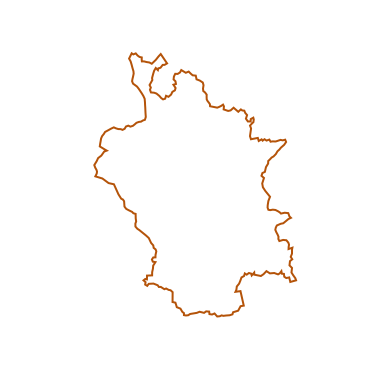 the district of Passo Fundo, Rio Grande do Sul, Brazil, rotated 221°
{"feature_id": "56859067B65204532927466", "entity_name": "Passo Fundo", "entity_type": "district", "adm_level": 2, "iso_a3": "BRA", "parent_name": "Brazil", "parent_adm1": "Rio Grande do Sul", "projection": "robinson", "projection_center": [-52.438, -28.266], "detail": "fine", "context": "isolated", "style": "outline", "palette": "amber", "viewbox_px": 384, "rotation_deg": 221, "n_neighbors": 0, "source": "geoboundaries", "source_scale": "gbopen_adm2", "svg_char_len": 4265}
<svg xmlns="http://www.w3.org/2000/svg" viewBox="0 0 384 384"><g transform="rotate(221 192 192)"><path d="M57.4,194.7L61.1,195.6L64.1,196.5L66.7,200.3L70.3,200.6L72.7,204.1L72.2,207.0L74.9,207.8L76.1,211.1L78.7,214.1L79.7,215.8L81.7,212.3L83.0,213.9L84.2,215.9L86.1,217.0L89.1,217.5L91.8,215.6L93.9,212.3L96.0,213.2L97.4,215.0L99.4,216.0L101.8,216.9L104.3,218.1L105.4,220.1L106.0,222.4L104.2,226.2L102.6,228.3L101.5,234.9L100.4,237.4L102.4,237.5L105.5,239.2L108.4,237.2L110.7,234.1L112.4,234.2L114.4,233.9L117.2,233.2L119.4,231.7L121.1,229.6L122.7,228.7L124.7,229.8L126.2,231.7L128.5,235.4L130.0,239.6L137.4,240.9L141.6,242.1L144.6,244.5L146.9,249.8L150.2,249.8L151.3,252.5L150.2,255.0L152.5,259.3L153.2,263.4L154.8,265.4L154.6,267.7L154.5,270.3L153.8,272.3L153.6,275.6L154.2,278.8L153.9,281.3L154.0,283.7L153.4,288.1L153.8,291.5L156.0,292.6L157.4,290.5L159.4,289.4L160.9,286.8L162.0,285.0L164.5,283.0L165.7,281.5L168.0,282.3L169.5,279.7L171.9,279.4L172.4,277.1L174.0,277.4L175.1,274.3L177.8,276.0L182.1,270.5L184.9,272.2L189.1,278.7L191.8,280.2L191.7,283.0L191.5,285.0L193.0,287.3L194.5,288.3L195.5,285.6L194.0,283.7L196.1,281.9L199.4,282.7L200.9,286.2L203.7,286.6L205.9,287.7L207.6,286.5L209.3,286.4L209.7,282.9L215.9,282.9L216.4,278.9L217.9,276.9L220.1,276.0L222.3,275.1L224.1,277.6L225.9,278.3L226.5,276.0L227.4,273.9L228.3,272.2L229.9,271.3L234.6,268.6L236.1,270.0L237.9,270.5L239.7,270.8L241.6,271.5L243.4,273.4L244.8,275.1L247.5,275.7L249.7,275.6L251.5,277.2L253.4,280.2L255.7,281.7L259.3,281.2L262.5,280.0L265.5,282.3L268.1,280.5L270.6,280.5L273.5,280.7L274.9,277.9L280.1,277.0L279.5,274.3L280.3,271.7L282.2,270.2L281.4,267.3L279.8,264.9L277.1,264.7L275.0,263.0L276.4,260.8L272.6,259.7L271.6,257.5L272.5,254.7L271.7,251.8L272.2,248.4L274.7,247.6L273.5,244.8L274.6,242.9L276.9,242.7L279.7,243.1L283.4,243.0L285.7,242.1L288.3,240.2L290.8,241.6L291.6,243.8L294.2,244.9L295.4,250.5L296.9,251.8L298.8,255.7L300.1,258.6L300.7,261.8L297.7,261.6L298.5,263.3L297.3,265.1L297.5,268.7L296.1,270.0L295.2,272.7L306.1,275.6L306.2,272.4L306.0,268.0L306.5,262.4L309.1,261.8L311.5,260.3L313.9,259.1L315.5,257.7L316.9,259.0L318.2,260.6L320.2,259.5L322.6,259.3L325.4,259.7L326.6,257.3L328.5,257.1L327.0,251.4L324.0,250.3L321.3,248.6L317.9,246.3L315.5,244.8L313.7,243.1L312.3,240.6L311.0,238.1L309.9,236.3L307.6,235.1L305.3,235.3L302.7,235.5L300.1,235.0L294.6,233.5L291.8,232.6L288.9,231.3L286.3,228.8L284.5,226.9L283.0,225.4L281.0,223.3L279.1,221.3L277.8,220.0L276.1,218.3L274.9,215.6L276.0,213.7L276.6,211.7L278.1,210.0L279.3,207.8L279.6,205.5L280.0,203.2L281.4,200.9L283.6,200.3L284.8,198.1L284.3,195.5L285.2,193.3L287.0,192.7L289.0,191.1L291.3,190.1L293.4,189.5L294.6,186.8L295.9,183.2L297.0,180.3L296.6,177.9L296.5,175.2L295.7,172.7L294.4,170.6L293.1,168.4L291.5,165.9L285.5,166.9L283.5,167.3L284.8,164.9L284.3,160.0L285.1,156.0L284.2,152.9L283.4,148.2L281.0,146.9L278.5,146.0L277.0,145.0L276.0,143.4L275.2,140.4L268.5,143.4L260.8,144.0L256.0,146.6L246.0,142.0L241.0,140.5L239.2,141.0L237.2,140.5L233.4,136.7L230.6,136.1L227.9,136.7L224.1,137.7L222.3,137.5L220.2,138.5L217.2,135.2L214.8,133.1L214.0,131.0L212.0,128.8L209.1,128.4L206.8,128.7L198.1,129.0L194.4,128.9L189.4,126.7L186.2,126.3L184.3,124.7L181.8,124.8L180.0,123.8L178.2,120.5L176.7,118.7L178.3,117.2L178.0,114.8L175.9,113.7L173.6,115.1L173.0,111.0L171.2,108.5L169.5,105.4L167.4,102.9L171.1,99.4L168.7,96.5L170.2,95.7L170.6,93.5L167.9,93.5L166.6,91.4L164.2,91.8L164.4,94.3L161.0,97.6L156.7,99.1L154.7,98.6L153.3,99.9L149.1,100.5L148.2,102.2L145.4,102.8L143.7,103.8L140.9,103.7L134.5,96.2L131.9,97.6L130.1,96.5L127.9,95.1L124.2,96.4L120.7,95.2L118.6,95.3L117.3,93.8L115.6,94.8L114.0,96.5L113.4,98.7L109.1,103.9L107.7,106.6L103.6,108.7L103.0,111.2L100.6,113.0L98.7,111.3L96.5,112.7L95.3,115.1L91.3,114.6L89.5,116.5L88.7,118.3L87.1,119.1L85.2,121.2L82.7,123.7L81.2,126.2L82.1,128.2L79.3,132.7L80.4,137.7L78.4,140.2L90.4,149.0L93.7,145.2L94.4,147.4L96.2,150.1L96.3,153.7L97.3,156.7L98.6,160.0L97.6,162.7L98.7,165.2L96.5,165.5L95.9,168.2L93.8,169.2L92.2,168.2L92.2,172.0L90.7,170.5L84.9,173.8L84.1,176.9L83.9,181.1L79.8,181.7L76.8,184.8L73.0,186.3L72.4,188.1L72.6,190.9L70.6,189.3L68.9,190.5L66.8,188.6L64.4,188.9L62.6,191.3L58.8,188.6L55.5,193.6L57.4,194.7Z" fill="none" stroke="#b45309" stroke-width="2"/></g></svg>